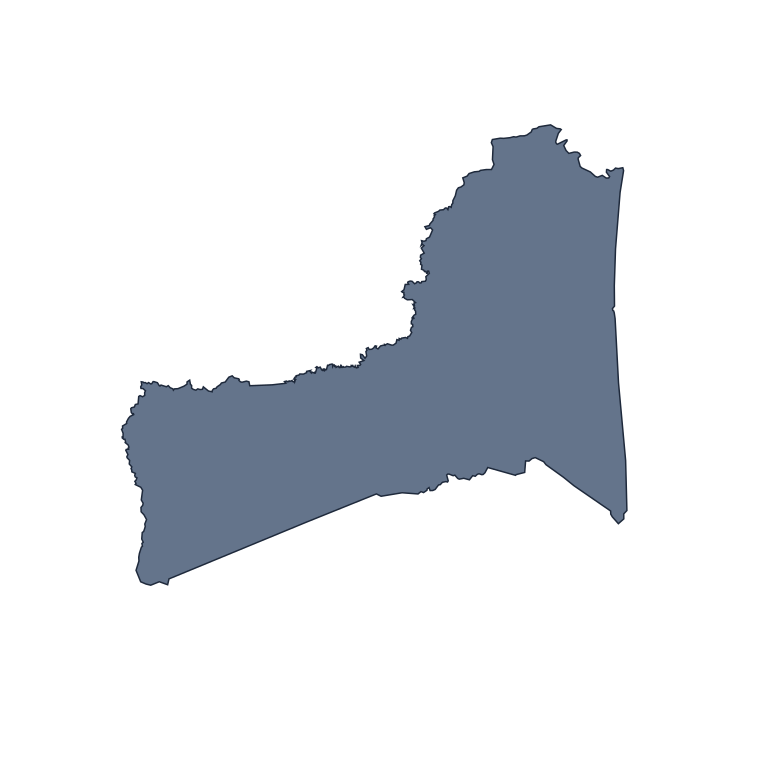 outline of Ellembelle, Western, Ghana, rotated 253°
{"feature_id": "2480657B39512912083476", "entity_name": "Ellembelle", "entity_type": "district", "adm_level": 2, "iso_a3": "GHA", "parent_name": "Ghana", "parent_adm1": "Western", "projection": "orthographic", "projection_center": [-2.331, 5.15], "detail": "fine", "context": "isolated", "style": "filled", "palette": "slate", "viewbox_px": 768, "rotation_deg": 253, "n_neighbors": 0, "source": "geoboundaries", "source_scale": "gbopen_adm2", "svg_char_len": 6166}
<svg xmlns="http://www.w3.org/2000/svg" viewBox="0 0 768 768"><g transform="rotate(253 384 384)"><path d="M260.5,121.4L274.6,269.6L281.1,344.6L277.5,348.4L274.7,369.5L268.9,384.4L270.3,387.9L268.6,390.1L269.8,394.0L271.0,394.5L271.8,396.8L268.6,396.9L267.9,399.5L268.2,402.1L271.5,406.6L271.3,408.4L272.9,411.1L272.6,414.6L271.7,416.1L272.6,417.1L278.6,417.3L279.2,418.4L278.9,419.8L276.1,423.3L276.1,425.1L272.1,426.9L271.0,428.1L270.5,432.7L267.4,437.7L270.4,442.0L269.1,444.3L270.3,446.8L270.4,448.6L268.7,451.0L268.5,452.4L269.6,454.6L273.8,458.8L258.2,483.1L258.7,483.9L258.3,492.7L269.0,496.9L267.9,500.2L269.4,503.7L269.4,507.1L263.0,514.0L259.5,515.3L242.3,528.4L231.2,535.9L196.3,563.6L193.2,562.8L190.2,563.5L181.9,567.3L184.9,573.9L189.7,575.3L192.0,579.3L240.2,592.7L316.5,608.6L378.9,624.1L384.8,625.0L386.7,625.0L387.4,624.3L389.3,624.5L391.1,627.2L410.7,633.0L445.5,644.9L498.2,665.8L518.0,675.5L521.0,675.6L521.5,671.0L522.8,668.5L521.5,666.0L521.2,663.1L523.7,660.6L524.0,659.6L521.5,658.6L516.4,660.4L515.3,659.1L516.0,656.7L519.7,653.7L519.3,648.8L520.7,646.8L526.5,643.3L532.7,636.4L534.7,635.2L542.4,635.4L543.6,636.0L545.0,638.8L547.4,638.3L549.2,636.6L550.2,633.7L550.5,628.2L554.0,626.4L559.5,625.6L562.9,630.1L563.9,630.4L564.2,629.6L562.6,619.9L563.2,619.3L564.8,618.9L566.0,619.3L572.7,624.0L575.5,627.9L576.5,627.1L578.0,623.7L583.1,619.1L584.7,607.4L583.8,604.9L584.3,601.3L584.1,600.2L582.0,598.5L580.3,593.4L580.3,590.7L581.5,586.7L581.5,582.5L582.6,580.2L582.7,576.6L583.9,570.3L585.1,567.0L586.1,559.1L583.4,557.2L579.1,557.7L566.8,553.3L561.8,553.4L557.7,549.5L559.2,544.4L560.1,538.6L559.5,537.3L560.5,532.4L560.4,526.9L558.5,524.2L558.1,519.6L553.1,519.6L551.1,518.6L549.9,515.2L549.9,512.5L548.1,510.1L543.1,507.2L539.2,503.5L536.7,502.6L535.9,501.3L533.3,499.9L534.4,498.9L534.6,497.7L532.1,496.1L533.9,495.4L534.4,494.1L533.3,491.8L534.0,488.2L533.2,486.7L532.8,482.4L532.2,481.5L530.9,482.6L530.3,481.2L529.0,481.1L527.5,479.2L526.1,478.7L523.5,474.5L522.3,473.8L522.5,469.1L519.5,469.8L519.8,474.2L517.1,475.5L511.2,470.5L510.5,467.0L508.9,466.1L508.8,464.0L510.1,461.8L507.9,461.7L505.6,460.0L506.2,461.6L504.6,462.7L503.1,459.4L497.4,460.7L496.5,456.7L494.5,455.8L492.9,456.4L491.4,454.2L489.7,454.9L487.7,454.0L486.5,455.0L482.8,453.4L481.2,455.3L479.7,455.6L479.5,456.8L477.5,457.1L477.3,457.8L479.2,458.7L478.9,459.7L476.6,459.7L474.4,455.4L471.6,455.0L470.2,453.6L470.9,450.0L469.9,449.2L470.0,447.9L471.6,446.9L472.1,445.5L471.3,444.6L470.9,442.6L474.0,440.9L474.8,439.1L474.7,436.9L474.0,436.3L472.1,436.7L473.0,433.4L468.3,430.7L467.2,427.9L466.2,428.5L465.8,429.8L463.9,429.2L463.1,429.6L461.4,427.5L461.3,428.5L460.0,428.7L457.7,430.9L456.5,435.7L452.6,437.9L452.6,436.3L450.5,436.1L451.4,434.9L448.8,435.5L447.6,434.5L447.6,435.6L446.0,434.9L444.4,435.5L441.4,434.7L441.1,433.0L440.0,431.4L437.4,432.0L439.3,430.6L439.0,430.1L437.8,430.2L435.8,428.4L433.6,427.7L432.6,428.8L430.4,428.3L430.1,426.8L427.6,425.0L425.2,425.6L422.4,422.6L422.3,420.7L420.8,419.8L422.2,418.2L422.7,414.2L421.9,413.3L423.1,411.8L421.4,411.2L422.7,409.3L419.6,407.5L418.5,404.3L418.8,402.9L421.5,399.0L421.0,396.9L421.6,396.2L420.7,396.1L421.3,394.8L421.4,391.8L419.3,388.5L421.0,386.9L422.4,387.9L423.1,386.7L421.5,384.6L420.8,382.4L421.4,379.9L423.4,379.5L423.1,377.5L421.3,377.6L420.3,376.2L415.8,375.6L414.2,373.4L418.3,371.9L419.3,370.2L415.7,369.3L412.3,371.6L412.1,366.6L409.6,367.4L408.9,366.5L409.5,364.0L407.4,364.1L407.5,362.3L409.8,361.8L408.6,360.9L409.8,359.6L410.9,359.6L411.3,358.1L410.3,358.2L410.3,356.4L411.9,353.3L411.4,352.4L411.8,350.4L412.4,350.2L412.1,349.2L414.5,348.3L413.6,347.4L412.9,348.6L412.3,348.5L412.8,346.0L414.4,345.5L413.9,343.0L416.1,343.2L415.2,343.0L415.2,342.0L416.7,342.1L417.0,341.3L415.8,340.1L418.0,340.6L418.3,340.0L418.5,337.4L417.9,336.3L418.4,335.5L414.6,333.2L414.9,332.5L414.0,331.0L414.5,330.7L414.5,331.3L415.7,331.5L416.1,330.2L414.8,329.4L415.6,328.6L418.8,327.9L418.7,325.9L420.2,324.9L419.8,323.8L419.0,325.0L419.0,324.0L418.0,323.9L414.5,321.5L414.6,321.0L415.5,321.1L415.4,319.5L416.6,318.5L415.8,317.7L417.9,316.8L418.4,317.6L418.7,313.7L417.5,313.3L417.0,309.8L418.2,306.4L417.4,305.2L417.6,302.4L416.6,302.2L416.7,301.2L415.6,299.7L414.5,300.6L414.5,299.7L413.8,300.4L412.1,299.2L413.1,299.2L412.4,298.3L413.4,297.1L414.2,297.1L414.0,294.7L414.7,294.2L414.2,292.8L415.3,291.6L415.4,289.6L413.5,290.5L413.5,289.7L415.9,276.8L421.6,255.1L425.6,255.5L427.0,253.2L427.2,248.7L428.1,247.3L429.9,246.3L430.8,246.9L431.5,246.5L433.7,242.6L436.2,241.2L435.9,237.6L432.3,232.7L432.5,228.8L431.3,227.3L430.1,223.5L429.0,222.2L429.2,219.6L428.0,217.9L426.8,217.4L428.6,214.1L434.1,210.4L432.0,208.8L432.5,206.4L433.8,204.5L433.1,202.3L434.5,200.2L436.2,198.8L438.9,199.6L440.3,198.8L444.5,199.3L443.6,196.3L441.4,195.5L440.4,192.0L439.8,185.6L440.6,182.2L439.7,180.8L441.1,180.7L443.0,178.4L445.5,177.2L445.0,175.1L448.2,170.4L447.6,169.2L448.1,168.6L451.5,167.7L453.6,164.6L453.8,163.9L452.2,162.0L452.3,160.9L454.2,159.3L453.6,157.5L455.2,156.1L455.4,154.7L456.3,154.2L457.1,152.5L454.0,152.1L452.4,150.5L450.8,150.3L450.0,152.3L447.2,153.9L445.8,152.6L443.0,151.8L442.4,149.4L444.2,147.3L443.8,145.8L436.9,143.0L437.1,140.2L435.0,138.6L435.1,135.6L434.4,134.6L430.6,134.0L429.2,134.6L428.9,135.7L427.9,135.7L427.3,131.8L425.9,129.6L423.0,126.7L421.5,126.4L420.3,121.7L418.0,121.1L417.4,119.8L413.1,120.1L409.2,118.8L409.8,118.2L409.0,117.9L407.2,119.0L406.9,120.1L403.9,119.9L403.6,119.4L400.5,121.5L398.3,121.6L397.5,121.2L397.4,120.5L396.3,120.6L396.8,118.4L396.1,117.7L391.4,118.5L389.6,116.8L388.5,116.8L385.3,118.4L382.0,117.0L378.5,118.6L376.9,117.3L376.3,117.7L373.7,117.2L371.2,120.1L369.6,118.9L367.9,118.9L366.5,120.3L364.4,118.7L363.8,117.3L361.5,117.8L360.6,116.7L356.4,121.2L353.0,122.1L344.1,118.0L340.4,118.8L338.5,117.8L337.0,115.5L332.8,114.4L329.1,116.2L323.8,117.3L320.0,114.3L317.5,114.0L315.1,112.4L313.2,111.0L312.7,109.4L306.6,107.0L303.1,107.5L302.3,105.9L299.4,105.5L298.9,104.3L293.6,100.6L290.0,98.8L286.4,97.9L278.3,92.4L266.0,93.5L262.3,97.9L259.8,102.1L260.6,111.3L255.3,118.4L260.5,121.4Z" fill="#64748b" stroke="#1e293b" stroke-width="1.5"/></g></svg>